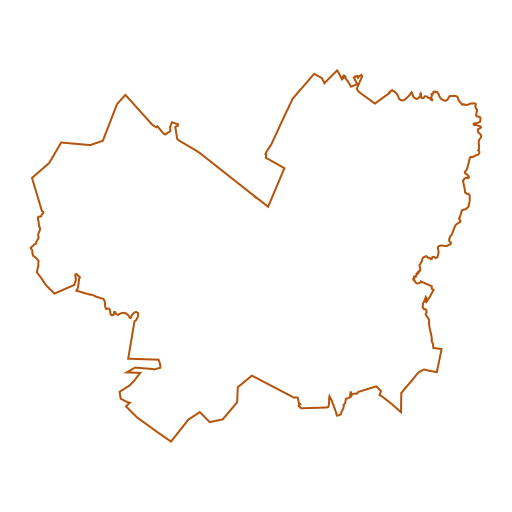 the district of Chicomuselo, Chiapas, Mexico
{"feature_id": "50627088B18917437048636", "entity_name": "Chicomuselo", "entity_type": "district", "adm_level": 2, "iso_a3": "MEX", "parent_name": "Mexico", "parent_adm1": "Chiapas", "projection": "robinson", "projection_center": [-92.321, 15.794], "detail": "fine", "context": "isolated", "style": "outline", "palette": "amber", "viewbox_px": 512, "rotation_deg": 0, "n_neighbors": 0, "source": "geoboundaries", "source_scale": "gbopen_adm2", "svg_char_len": 5964}
<svg xmlns="http://www.w3.org/2000/svg" viewBox="0 0 512 512"><path d="M480.8,127.8L481.0,127.3L480.5,126.4L475.8,125.0L474.4,125.1L473.7,124.7L473.6,124.4L473.7,123.8L474.0,123.5L476.8,123.2L480.0,121.8L480.5,119.5L480.3,117.6L479.7,116.9L478.5,116.8L476.7,116.2L476.0,115.1L476.4,114.3L476.5,112.5L476.8,111.6L477.0,110.7L476.9,109.6L475.8,108.2L475.3,106.8L475.4,105.8L475.8,104.9L475.8,104.1L475.0,103.4L473.2,103.3L472.3,103.6L470.1,103.5L468.7,104.5L467.7,104.8L465.2,104.9L463.8,104.2L463.4,104.2L463.1,104.6L462.4,104.8L460.8,103.0L458.7,100.2L458.0,98.6L457.8,97.4L456.6,96.3L455.5,95.9L450.3,96.0L449.6,96.2L447.4,99.7L445.7,100.8L443.3,100.1L440.5,98.3L439.1,95.8L438.9,94.7L437.2,92.0L436.3,92.3L435.7,92.1L435.4,91.7L434.0,91.6L433.4,91.9L433.3,93.4L433.0,93.8L432.7,94.0L431.8,93.9L431.6,94.1L431.9,95.6L431.1,98.0L431.4,98.6L432.1,99.1L431.9,100.2L430.9,99.7L430.2,98.3L429.3,97.8L428.5,98.0L427.3,96.7L426.4,96.5L424.9,96.2L424.5,96.5L423.5,98.2L421.5,97.9L421.0,96.6L420.9,93.5L420.7,93.2L420.3,93.7L420.4,95.1L420.0,96.3L418.4,98.1L417.8,98.6L416.8,98.9L415.5,98.5L414.4,97.8L413.3,96.7L412.1,92.9L411.5,92.3L409.8,94.9L405.1,99.5L403.3,100.3L401.9,100.4L400.5,99.9L399.1,98.8L397.3,94.4L394.2,91.2L393.2,91.2L392.1,90.1L389.3,92.2L389.7,92.8L374.9,103.6L359.3,92.2L358.0,91.0L356.8,88.6L362.2,76.2L361.4,74.9L358.9,76.5L358.1,77.7L357.9,77.2L358.2,76.9L357.6,76.0L356.3,76.6L356.0,76.2L355.0,76.6L354.9,76.5L353.8,77.5L357.2,84.1L351.1,86.7L347.5,80.8L345.0,77.4L345.5,76.8L344.8,76.0L344.4,76.6L343.7,75.7L342.3,77.3L343.1,78.3L342.0,79.4L338.8,73.0L337.1,70.4L324.4,83.2L321.9,78.1L314.1,73.8L306.4,82.9L298.0,92.4L292.6,98.9L289.0,106.3L289.0,106.8L288.4,107.7L288.3,108.4L287.1,110.3L271.3,144.4L267.2,150.6L265.4,154.1L266.2,154.8L265.8,157.7L284.4,168.2L268.1,206.8L255.0,196.5L254.9,196.8L254.4,196.1L199.4,152.7L194.7,149.7L179.1,140.6L177.2,138.9L175.3,126.8L178.0,125.6L177.9,124.2L171.9,122.3L170.1,127.2L170.4,131.0L165.2,134.5L163.6,133.7L157.4,126.3L156.4,127.3L152.6,125.1L125.4,94.9L117.1,104.0L102.8,140.8L90.2,145.1L61.2,142.5L49.2,163.0L32.0,177.9L41.9,211.0L43.1,211.7L43.4,212.8L42.1,214.1L41.1,216.3L40.0,216.7L38.7,216.6L38.0,217.5L38.0,219.7L38.5,221.0L39.0,226.0L39.7,227.1L40.0,228.9L39.6,230.9L38.4,233.6L38.1,235.0L38.6,237.2L38.5,238.2L36.6,241.2L36.0,243.6L34.2,244.5L33.1,245.8L31.5,246.9L30.7,248.1L32.3,250.4L32.4,253.4L33.2,255.8L36.5,258.3L38.5,260.8L38.3,263.1L38.3,266.5L38.0,266.7L36.9,272.2L42.3,279.6L45.8,285.0L54.4,293.6L74.3,284.9L74.3,284.4L75.6,281.1L75.9,279.6L75.2,275.1L75.7,274.3L76.6,273.9L77.6,275.3L79.9,277.2L79.1,278.8L78.2,286.6L77.3,289.1L76.4,290.7L89.5,294.5L91.8,294.8L93.5,295.3L95.6,296.5L103.5,299.0L104.5,300.9L105.1,303.3L105.0,304.4L105.2,306.8L106.1,308.9L108.9,308.5L109.2,308.7L110.1,310.7L110.5,314.1L110.7,314.5L111.5,315.0L112.5,315.2L113.2,315.1L113.7,314.7L114.2,312.0L114.6,311.8L115.2,312.0L115.4,312.8L116.3,314.1L118.0,314.9L120.0,313.7L122.5,312.9L123.8,312.8L125.8,313.3L127.7,314.8L128.8,315.9L129.7,317.8L130.6,318.1L132.2,314.6L133.9,312.9L136.0,311.9L137.8,312.9L138.2,314.5L137.8,316.9L136.1,320.1L134.5,321.3L128.2,358.7L158.6,359.7L160.2,364.6L160.3,367.7L154.5,369.4L151.4,368.9L135.1,367.6L126.7,372.4L140.2,372.9L133.7,381.4L129.3,385.7L119.6,391.8L120.7,398.7L127.0,402.0L129.8,402.7L126.0,406.4L136.9,417.3L157.3,432.1L171.0,441.6L188.4,419.6L199.8,412.1L209.7,422.1L222.7,419.4L237.1,402.3L237.8,387.2L251.9,375.6L294.1,397.7L295.1,397.7L295.8,397.3L297.2,397.6L297.9,397.9L298.8,402.9L299.3,403.6L300.1,403.9L300.3,404.3L299.3,404.6L298.9,404.9L298.6,405.8L301.2,408.3L325.7,407.5L327.5,407.3L328.1,407.0L328.7,405.7L329.2,401.6L329.1,398.5L329.5,396.3L331.8,400.6L336.5,413.7L336.4,414.4L336.9,415.6L338.5,415.4L340.8,414.3L341.7,411.4L343.1,409.0L343.8,405.9L343.6,404.9L345.2,403.1L345.9,398.8L348.4,398.1L350.2,397.0L350.3,396.4L350.1,395.3L350.7,391.5L351.7,395.2L352.2,394.3L353.4,393.8L355.7,393.5L357.0,393.7L358.3,391.9L376.1,386.4L376.6,386.5L381.1,391.3L379.5,394.9L383.3,397.4L391.5,403.8L401.0,412.2L401.3,392.8L402.9,391.3L403.6,390.1L412.0,380.4L417.9,373.0L419.8,371.7L424.0,369.5L429.6,370.8L436.8,372.2L441.6,349.1L434.8,348.1L433.4,348.1L433.1,345.9L433.1,344.3L431.6,340.9L431.9,339.0L431.3,335.2L429.7,328.3L428.9,322.7L429.2,320.9L429.2,320.2L427.7,317.4L427.3,317.1L425.8,314.6L425.7,314.0L426.6,312.4L426.4,310.4L425.4,309.2L424.1,309.3L422.6,307.4L423.1,303.0L424.1,301.7L425.8,297.0L426.9,298.8L425.4,301.4L426.2,302.2L429.6,297.2L433.6,289.9L431.7,288.8L431.8,286.3L421.0,281.5L420.9,283.3L420.8,282.7L420.2,282.6L418.3,283.4L416.7,283.3L415.5,282.3L414.4,280.5L413.3,279.7L414.1,278.5L413.5,278.1L414.3,276.5L415.0,276.9L415.3,276.4L415.9,276.6L416.7,274.6L417.4,273.9L416.9,273.7L417.7,273.1L417.3,272.9L418.0,272.1L418.5,272.3L419.2,271.6L418.7,271.4L420.3,269.9L420.2,268.3L419.5,265.4L421.7,261.3L422.8,257.8L426.2,256.1L428.5,258.0L429.4,258.0L430.3,258.4L430.8,259.2L431.6,259.0L432.5,256.9L433.4,256.8L434.3,257.1L435.6,258.0L436.5,257.8L437.2,257.3L437.7,256.5L438.3,253.6L438.6,251.9L437.9,248.0L437.9,247.2L438.6,246.3L440.9,245.5L446.6,246.1L447.6,245.7L448.3,245.0L450.2,244.4L450.9,243.7L450.9,242.6L449.3,241.1L449.1,239.8L449.4,238.7L450.3,236.1L451.4,235.2L451.9,234.3L455.0,226.1L456.1,224.5L459.3,222.3L460.2,222.0L460.5,221.2L460.0,219.8L459.0,218.7L459.1,218.2L459.8,217.3L461.0,213.5L461.6,211.0L461.9,210.3L462.7,210.0L466.1,209.0L468.1,207.0L468.7,206.0L469.7,200.8L469.7,195.3L468.7,193.9L466.7,193.8L465.7,192.7L465.0,192.4L464.9,190.2L463.0,180.8L464.1,179.1L466.1,177.6L468.2,178.1L469.0,177.0L467.2,174.6L464.9,173.0L464.8,172.1L467.1,168.9L469.9,157.8L470.6,157.0L471.2,156.9L471.6,157.2L473.4,156.7L475.6,155.5L478.2,154.6L479.4,152.7L479.4,152.0L478.8,150.6L478.3,150.4L478.9,149.6L478.8,148.4L479.1,146.3L478.7,143.3L478.8,141.3L479.0,140.0L480.7,137.8L481.3,136.1L480.5,134.4L478.0,132.0L477.8,130.5L477.9,129.5L478.1,129.2L480.8,127.8Z" fill="none" stroke="#b45309" stroke-width="2"/></svg>